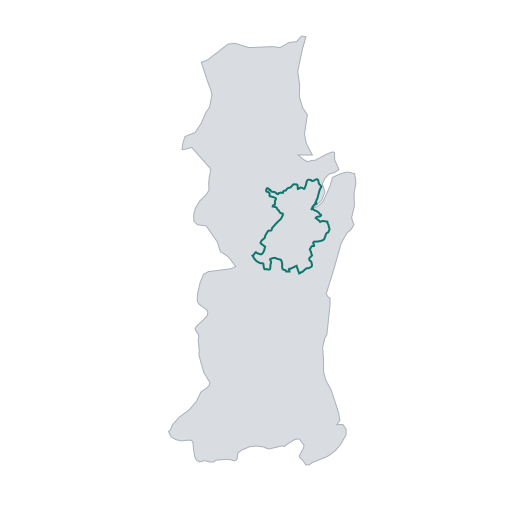 Santarém highlighted on a map of Portugal, rotated 173°
{"feature_id": "PRT-748", "entity_name": "Santarém", "entity_type": "District", "adm_level": 1, "iso_a3": "PRT", "parent_name": "Portugal", "parent_adm1": "", "projection": "natural_earth1", "projection_center": [-8.43, 39.286], "detail": "fine", "context": "in_parent", "style": "outline", "palette": "teal", "viewbox_px": 512, "rotation_deg": 173, "n_neighbors": 0, "source": "natural_earth", "source_scale": "10m", "svg_char_len": 6230}
<svg xmlns="http://www.w3.org/2000/svg" viewBox="0 0 512 512"><g transform="rotate(173 256 256)"><path d="M195.0,58.6L201.2,53.0L207.4,49.3L210.8,48.0L225.0,44.2L228.7,42.3L232.2,42.6L232.8,44.4L234.8,48.0L237.0,50.4L237.6,52.2L232.2,59.7L231.4,62.3L234.3,67.2L234.8,68.6L236.2,69.3L240.0,69.1L246.8,66.0L251.4,63.4L253.0,64.4L266.4,62.9L269.6,64.2L271.7,65.5L278.3,67.3L285.5,67.5L294.4,64.9L298.3,62.4L299.0,59.6L299.2,57.4L300.3,56.1L302.4,55.3L305.5,56.7L310.1,57.8L320.9,58.2L323.1,56.7L326.7,57.1L331.6,59.1L337.2,58.5L340.1,60.9L341.3,64.1L341.6,71.2L341.3,78.2L342.4,80.9L346.2,81.5L352.3,81.5L357.8,83.4L362.2,86.7L363.6,90.2L364.2,92.5L362.1,93.9L359.2,98.9L351.7,105.5L341.0,111.5L332.9,118.9L327.3,127.7L320.2,131.5L318.1,133.5L317.2,135.9L322.0,146.8L323.4,155.2L324.7,165.4L323.9,168.3L323.6,179.6L322.5,183.0L322.8,185.6L324.6,188.5L325.4,191.3L322.1,194.8L316.2,198.9L311.8,202.5L310.7,205.9L311.0,208.0L318.4,215.1L319.8,218.0L318.8,225.1L314.6,236.6L310.6,243.7L309.9,244.4L305.2,246.3L282.8,246.4L277.4,248.0L278.2,249.4L283.5,258.5L289.0,263.3L290.8,264.4L292.8,275.0L301.8,291.9L310.4,294.2L313.4,298.4L312.9,304.4L310.3,310.9L305.0,317.6L298.7,322.3L294.6,327.0L294.3,332.4L293.0,339.3L291.1,344.7L290.6,348.4L306.5,371.5L315.3,370.4L316.5,370.9L314.9,376.4L312.2,382.9L308.8,384.1L301.3,386.1L294.2,394.4L288.4,404.4L284.0,409.3L280.1,421.2L280.6,426.4L282.6,434.4L286.7,455.1L280.9,456.1L258.0,469.7L250.9,469.7L237.6,463.7L214.2,461.8L206.6,460.0L197.1,463.9L189.7,463.8L183.9,468.8L179.7,467.4L184.5,456.3L192.1,434.1L191.8,420.6L193.6,408.9L191.6,397.3L187.8,390.0L193.0,371.2L192.4,361.6L187.7,349.3L201.9,351.2L197.6,346.3L193.2,343.3L189.0,344.0L185.5,343.8L173.3,348.6L167.3,350.0L165.5,349.2L166.2,341.6L163.1,331.8L167.9,329.2L173.6,328.4L178.4,324.3L181.4,319.6L179.8,311.2L184.0,303.3L193.8,296.6L188.7,297.6L182.9,301.8L173.7,316.9L170.7,324.6L162.9,327.1L156.0,328.3L152.4,327.5L148.1,325.6L147.8,319.9L148.1,315.4L151.0,306.4L152.2,293.8L156.4,282.5L156.1,279.5L154.9,275.0L158.6,270.6L163.2,267.6L170.1,257.9L179.7,234.8L190.8,210.2L189.9,207.2L187.6,204.9L188.5,198.3L195.2,169.5L197.9,165.7L201.0,157.3L201.7,143.6L203.0,134.2L202.7,129.5L201.7,123.9L197.5,113.0L193.1,90.2L192.8,82.6L196.4,78.7L190.4,78.2L187.7,73.2L188.4,67.6L195.0,58.6Z" fill="#d9dde1" stroke="#a8b0b8" stroke-width="1"/><path d="M193.8,297.3L194.9,296.2L195.5,295.0L193.8,296.3L193.2,295.1L192.9,294.7L192.7,294.4L192.2,294.1L190.9,293.5L190.4,293.2L188.5,291.5L188.2,291.0L187.7,289.9L187.2,289.5L186.7,289.3L186.4,288.9L186.4,288.3L187.3,287.7L188.1,287.4L190.1,287.5L191.2,287.2L192.1,286.4L188.8,283.2L188.2,282.0L185.6,282.7L181.0,281.4L181.1,280.2L180.3,278.2L180.1,275.5L179.7,274.0L180.0,273.0L181.5,270.6L182.8,270.3L183.3,269.9L183.9,269.1L186.0,264.8L187.0,263.9L188.9,263.2L193.3,262.8L196.5,263.2L197.5,262.5L197.6,261.9L197.7,261.6L197.6,261.3L197.1,260.4L197.0,259.7L197.1,259.1L197.4,258.8L197.9,258.8L198.4,259.0L199.1,259.0L199.6,258.9L201.3,256.7L201.8,256.1L201.0,253.8L200.9,252.3L200.3,249.7L201.7,248.6L202.3,248.2L202.9,247.8L203.4,247.3L203.6,246.6L203.4,245.2L202.9,244.6L202.3,244.2L201.9,243.7L201.7,243.1L201.7,242.1L201.5,240.6L201.5,240.0L201.8,239.3L202.2,238.7L205.3,237.4L206.5,237.7L207.3,237.6L208.5,237.0L211.7,234.7L212.6,234.4L213.3,234.4L214.2,233.7L215.2,233.4L216.1,236.9L216.2,237.8L216.7,239.8L216.8,240.4L217.0,240.9L217.0,241.3L218.2,240.9L221.0,239.9L221.8,239.7L223.3,239.1L224.6,239.3L224.9,239.1L224.7,237.5L224.6,236.9L224.7,236.5L225.1,236.7L227.9,236.9L228.3,238.2L229.0,238.6L229.9,238.8L230.6,239.2L231.0,239.6L231.3,240.1L231.3,240.5L231.4,241.0L231.3,241.3L231.4,242.9L231.0,243.7L231.0,245.2L231.3,248.2L231.9,249.3L235.5,250.7L237.2,251.8L238.7,251.9L241.0,251.6L242.4,251.1L242.4,250.7L242.3,250.1L241.8,248.9L241.8,248.0L242.1,246.9L242.6,246.0L243.4,241.8L243.7,241.2L245.1,240.9L247.2,241.7L248.8,241.7L249.2,242.0L249.4,242.6L249.5,243.2L249.6,243.8L249.7,244.4L249.7,245.6L249.6,246.9L249.8,247.6L250.3,247.9L251.0,248.1L251.8,248.2L253.2,248.6L254.1,249.4L255.4,250.2L256.8,251.7L258.1,253.8L258.4,254.4L258.9,255.9L259.5,256.7L258.1,257.5L257.7,257.9L256.4,259.4L256.1,259.6L255.7,259.8L255.6,259.6L254.7,258.8L252.0,257.4L250.7,257.0L249.9,257.3L248.6,258.4L247.3,260.4L245.8,264.1L248.5,266.7L249.5,267.5L249.8,268.1L249.9,268.6L248.6,270.6L245.4,272.7L244.9,273.2L244.7,274.3L244.4,274.9L243.5,276.3L241.9,278.2L241.6,278.6L241.3,279.0L240.9,279.4L239.9,279.6L238.6,279.4L237.9,279.5L237.1,280.4L236.4,282.1L234.8,283.4L230.8,286.9L227.1,289.5L226.3,290.4L224.3,293.4L224.3,294.8L225.9,295.4L226.6,295.9L227.2,296.5L227.4,297.3L227.6,298.0L228.0,298.6L228.8,299.2L229.2,300.1L229.5,300.8L229.6,301.4L230.5,302.1L233.4,303.1L232.9,304.1L232.4,304.4L231.6,304.5L231.2,304.6L230.9,305.1L230.7,305.8L230.7,307.2L230.5,308.1L230.2,308.8L229.8,309.3L229.4,309.8L229.2,310.3L229.4,311.0L229.9,311.4L230.4,311.7L233.8,313.3L234.7,313.4L234.9,313.6L235.3,314.3L234.9,315.7L234.9,316.3L235.3,317.1L236.4,318.2L236.9,318.3L237.5,318.5L237.9,319.0L238.0,319.7L237.6,320.9L236.5,322.0L235.4,321.4L235.1,321.0L234.7,319.9L234.4,319.7L234.1,319.8L233.7,319.8L233.5,319.4L233.4,318.9L233.1,318.4L232.7,318.0L232.0,317.7L229.9,317.3L229.3,316.9L227.5,315.0L227.0,314.7L226.6,314.7L226.3,315.1L226.2,315.5L225.8,315.7L225.5,315.6L224.8,315.6L224.0,315.9L223.2,315.8L222.0,315.4L221.6,315.4L221.4,315.8L221.3,316.3L221.0,316.7L220.7,317.1L220.3,317.3L219.8,317.4L219.0,317.3L218.3,317.5L217.0,318.9L216.3,319.4L213.3,319.9L210.1,322.6L208.4,322.3L207.7,322.3L207.0,322.1L206.2,321.2L206.1,320.5L206.2,319.8L206.2,319.1L206.3,318.5L206.4,317.9L206.4,317.5L206.0,317.3L204.9,317.8L203.6,318.6L201.8,317.9L201.0,317.4L200.6,317.0L200.1,316.8L199.6,317.0L197.7,320.7L196.9,323.0L196.7,323.7L195.7,325.0L194.6,325.3L194.1,325.3L192.2,324.7L191.6,323.8L191.1,323.6L190.4,323.5L189.2,323.8L188.5,324.2L187.2,324.7L186.4,324.8L185.8,324.6L185.2,324.0L184.9,322.7L185.0,321.7L184.5,319.8L184.2,319.2L183.9,318.9L182.8,317.4L182.8,316.4L183.8,315.4L184.2,314.8L185.2,312.9L187.6,306.8L188.2,305.4L188.9,304.6L189.2,303.7L190.5,301.8L189.8,301.3L189.6,300.5L192.0,299.8L193.4,298.3L193.8,298.0L194.0,297.7L193.8,297.3Z" fill="none" stroke="#0f766e" stroke-width="2"/></g></svg>